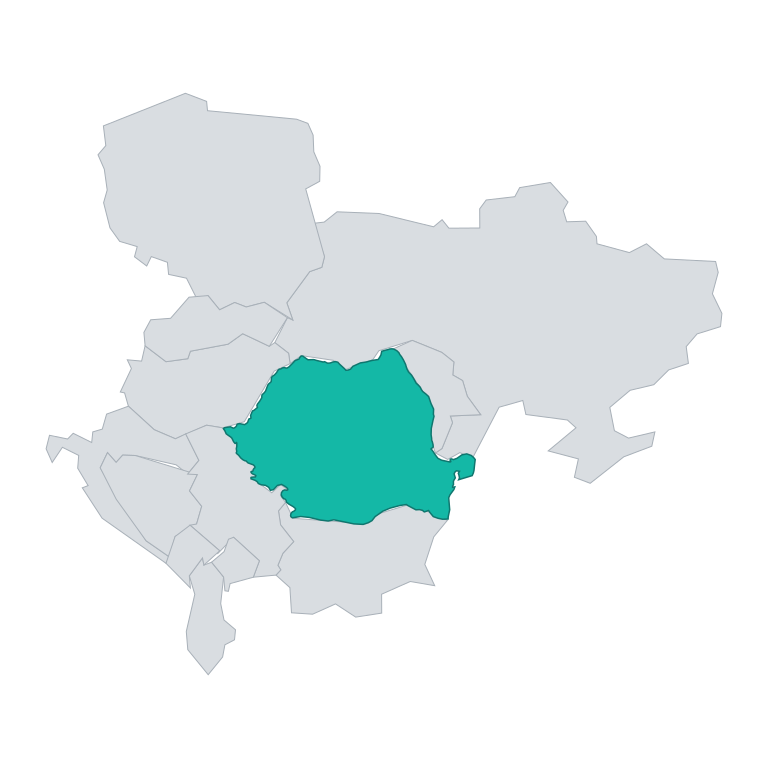 Romania highlighted, orthographic projection
{"feature_id": "ROU", "entity_name": "Romania", "entity_type": "country or territory", "adm_level": 0, "iso_a3": "ROU", "parent_name": "Europe", "parent_adm1": "", "projection": "orthographic", "projection_center": [24.529, 45.967], "detail": "fine", "context": "with_neighbors", "style": "filled", "palette": "teal", "viewbox_px": 768, "rotation_deg": 0, "n_neighbors": 12, "source": "natural_earth", "source_scale": "50m", "svg_char_len": 7858}
<svg xmlns="http://www.w3.org/2000/svg" viewBox="0 0 768 768"><path d="M614.4,430.7L628.5,438.1L654.9,431.9L651.8,446.2L623.8,456.8L590.2,483.3L574.4,477.3L578.4,458.9L548.2,450.9L576.0,427.8L567.4,420.0L525.9,414.5L522.8,400.5L499.1,407.2L472.4,458.4L459.9,452.6L447.7,459.4L435.4,453.0L442.0,448.5L452.5,422.7L450.3,416.0L480.7,414.7L467.3,396.3L462.6,380.6L452.8,375.0L453.9,362.0L441.8,352.4L412.2,340.4L378.9,350.7L372.7,359.8L345.2,369.6L333.3,360.3L301.3,355.6L290.1,363.6L288.6,353.3L274.8,342.6L287.4,317.7L292.8,320.0L286.8,302.8L309.7,271.6L321.8,267.3L324.5,256.7L312.8,223.4L324.2,222.1L337.1,211.8L379.1,213.5L433.6,226.8L442.1,219.7L448.9,228.2L479.8,228.0L479.7,208.8L486.2,200.0L514.8,196.7L519.7,187.6L550.4,182.5L568.0,202.0L563.2,210.3L566.7,221.8L585.7,221.2L596.4,236.4L597.0,243.8L629.3,252.6L646.5,243.8L664.3,258.9L715.6,261.5L718.2,272.4L712.4,293.8L721.9,313.4L720.5,326.6L697.1,333.9L686.2,346.6L688.4,363.4L668.7,369.9L653.8,384.7L630.1,390.3L609.8,407.4L614.4,430.7Z" fill="#d9dde1" stroke="#a8b0b8" stroke-width="1"/><path d="M313.1,135.1L313.8,151.8L320.0,166.3L319.7,181.3L305.7,188.9L324.5,256.7L321.8,267.3L309.7,271.6L286.8,302.8L292.8,320.0L264.3,302.3L246.2,307.0L234.7,302.5L219.6,309.8L208.0,295.6L197.5,300.1L186.5,278.2L168.6,274.4L167.4,262.3L151.3,256.6L146.7,266.0L134.5,256.8L137.2,246.6L119.7,241.4L110.0,227.9L103.6,202.7L107.2,190.0L104.3,169.2L98.0,154.8L105.8,145.6L103.4,125.9L185.4,93.3L206.6,101.4L207.5,110.7L296.6,119.2L307.9,123.4L313.1,135.1Z" fill="#d9dde1" stroke="#a8b0b8" stroke-width="1"/><path d="M274.8,342.6L288.6,353.3L290.1,363.6L274.2,371.1L244.3,421.7L222.9,427.9L206.6,425.2L175.4,438.8L154.2,429.7L128.4,406.2L124.6,392.9L120.3,392.0L131.4,368.5L127.3,359.8L141.6,361.1L145.1,345.8L166.0,361.7L187.8,358.7L190.4,351.2L228.0,344.2L242.7,333.7L269.3,346.3L274.8,342.6Z" fill="#d9dde1" stroke="#a8b0b8" stroke-width="1"/><path d="M389.6,350.5L412.2,340.4L441.8,352.4L453.9,362.0L452.8,375.0L462.6,380.6L467.3,396.3L480.7,414.7L450.3,416.0L452.5,422.7L442.0,448.5L435.4,453.0L429.9,435.8L430.4,402.8L397.5,354.0L389.6,350.5Z" fill="#d9dde1" stroke="#a8b0b8" stroke-width="1"/><path d="M285.5,502.4L293.0,518.3L365.2,523.7L378.7,513.7L410.7,504.0L447.4,520.3L433.8,536.8L424.8,564.4L434.7,585.7L410.2,581.5L381.6,594.2L381.7,613.1L355.7,617.1L335.5,603.9L312.6,614.2L291.5,612.8L289.9,587.6L276.0,575.1L280.8,569.9L277.9,565.3L282.9,553.3L293.7,541.6L280.6,524.9L278.5,510.9L285.5,502.4Z" fill="#d9dde1" stroke="#a8b0b8" stroke-width="1"/><path d="M235.5,629.8L234.5,639.8L224.9,644.8L222.6,657.0L208.2,674.7L187.8,649.7L186.3,631.5L194.8,594.3L189.3,575.8L202.5,557.9L203.9,565.1L211.6,562.2L223.6,577.0L220.7,603.6L224.0,620.0L235.5,629.8Z" fill="#d9dde1" stroke="#a8b0b8" stroke-width="1"/><path d="M128.4,406.2L154.2,429.7L175.4,438.8L185.7,433.9L198.9,460.4L187.6,474.1L176.1,464.8L135.2,455.5L122.7,455.1L116.1,462.4L107.5,452.6L100.2,467.8L146.1,540.8L169.6,557.1L166.0,563.3L102.1,518.2L82.3,487.8L88.1,485.6L77.7,468.2L78.7,455.4L62.4,447.3L52.2,462.5L46.1,448.8L49.5,435.3L67.6,439.0L73.2,433.3L91.7,442.5L92.8,431.9L102.3,429.1L106.6,414.1L128.4,406.2Z" fill="#d9dde1" stroke="#a8b0b8" stroke-width="1"/><path d="M287.4,317.7L269.3,346.3L242.7,333.7L228.0,344.2L190.4,351.2L187.8,358.7L166.0,361.7L145.1,345.8L143.9,332.4L150.7,319.8L170.6,318.3L189.0,297.2L208.0,295.6L219.6,309.8L234.7,302.5L246.2,307.0L264.3,302.3L287.4,317.7Z" fill="#d9dde1" stroke="#a8b0b8" stroke-width="1"/><path d="M169.6,557.1L146.1,540.8L116.2,499.2L100.2,467.8L107.5,452.6L116.1,462.4L122.7,455.1L135.2,455.5L197.4,474.6L189.5,490.9L201.7,506.3L196.6,524.0L175.1,536.5L169.6,557.1Z" fill="#d9dde1" stroke="#a8b0b8" stroke-width="1"/><path d="M185.7,433.9L206.6,425.2L222.9,427.9L236.4,443.5L238.9,455.8L254.8,465.4L256.3,481.2L271.8,492.8L280.5,484.5L287.1,489.4L280.6,495.7L285.5,502.4L278.5,510.9L280.6,524.9L293.7,541.6L282.9,553.3L277.9,565.3L280.8,569.9L276.0,575.1L253.3,577.2L259.4,560.8L233.6,537.3L217.3,554.0L219.7,550.8L190.0,525.2L196.6,524.0L201.7,506.3L189.5,490.9L197.4,474.6L187.6,474.1L198.9,460.4L185.7,433.9Z" fill="#d9dde1" stroke="#a8b0b8" stroke-width="1"/><path d="M219.7,550.8L203.9,565.1L202.5,557.9L189.3,575.8L190.4,588.0L166.0,563.3L175.1,536.5L190.0,525.2L219.7,550.8Z" fill="#d9dde1" stroke="#a8b0b8" stroke-width="1"/><path d="M224.9,590.8L223.6,577.0L211.6,562.2L224.1,551.6L228.5,539.2L233.6,537.3L259.4,560.8L253.3,577.2L230.1,583.6L228.4,591.3L224.9,590.8Z" fill="#d9dde1" stroke="#a8b0b8" stroke-width="1"/><path d="M435.0,454.5L437.9,458.3L441.6,460.2L450.0,462.0L450.7,461.7L450.8,461.2L450.2,460.7L450.1,460.0L450.4,459.1L451.5,458.9L453.5,459.6L457.0,458.3L462.0,454.8L466.8,453.9L471.3,455.5L473.6,457.5L475.2,459.5L474.9,462.1L474.7,463.6L474.0,470.3L473.4,472.8L472.2,475.6L458.7,479.7L459.5,478.0L459.0,475.3L458.3,473.3L459.5,471.3L456.4,470.8L455.1,471.9L454.1,473.8L455.3,477.9L453.9,480.2L453.4,481.5L453.5,484.6L452.7,485.9L452.6,487.3L454.8,486.9L453.9,489.5L450.0,494.8L448.7,497.8L449.7,509.7L448.2,516.9L448.1,519.0L443.7,519.2L442.4,519.2L438.1,518.3L433.3,516.6L430.4,513.1L428.5,510.5L424.5,511.9L423.8,511.6L422.6,510.4L419.6,509.6L415.9,509.8L407.4,505.3L406.4,504.5L399.9,505.5L390.2,508.1L382.8,511.2L375.1,516.6L372.0,520.6L368.4,522.7L363.2,524.4L353.9,523.9L344.2,521.9L333.8,519.8L328.2,521.0L320.7,520.1L309.2,517.4L300.7,516.5L292.3,517.8L290.9,516.7L290.6,515.3L291.0,513.5L292.2,512.0L294.3,510.9L295.4,509.8L295.5,508.6L293.3,506.7L288.7,504.0L286.8,502.4L286.3,501.9L286.2,500.5L285.3,499.3L283.5,498.5L282.1,496.9L281.2,494.7L281.5,492.6L282.9,490.7L284.7,489.9L286.9,490.3L287.8,489.7L287.5,488.4L285.4,486.6L281.6,484.4L277.5,485.4L273.4,489.7L270.4,490.3L268.7,487.3L265.6,485.4L261.0,484.7L258.3,483.5L257.3,481.8L255.3,480.4L251.0,478.8L251.0,477.5L251.7,477.2L253.2,477.1L255.4,476.9L255.7,476.2L255.8,475.5L254.1,474.5L252.5,473.9L251.7,473.2L251.1,472.5L251.0,471.8L251.5,471.4L252.2,471.4L252.9,471.0L253.3,469.4L254.3,468.1L254.9,467.7L254.9,466.7L254.3,465.8L253.4,464.9L252.1,464.4L248.0,462.9L246.0,460.9L244.7,460.7L242.7,459.6L240.6,457.8L238.8,455.4L236.8,453.7L236.3,453.1L236.3,452.5L236.7,451.8L236.7,451.1L236.3,448.8L236.8,446.3L236.8,444.0L236.8,443.0L236.4,442.6L236.1,443.0L235.5,443.4L235.0,443.4L233.6,441.7L231.9,438.2L230.7,437.0L228.2,435.3L226.2,433.8L224.9,430.9L223.4,428.6L224.5,427.7L230.5,426.8L233.3,428.2L234.5,427.8L235.8,426.8L236.5,426.0L236.7,425.1L237.3,424.1L239.4,423.6L244.7,424.6L246.9,423.1L247.7,422.3L248.3,420.5L248.9,419.0L250.8,418.3L250.9,417.0L250.6,415.5L251.9,412.3L252.6,410.9L253.7,410.5L255.0,409.5L257.4,407.5L256.9,405.6L257.4,404.2L259.9,400.9L261.8,397.7L261.8,396.1L262.1,394.7L263.8,393.2L265.5,391.2L267.9,384.9L268.7,383.9L270.1,382.7L271.2,381.6L271.5,377.4L272.5,376.2L274.4,375.0L276.4,372.8L278.0,370.3L279.2,369.2L280.8,368.9L282.5,367.9L284.4,367.6L286.2,368.1L287.4,367.9L289.2,366.7L293.7,362.1L294.4,361.2L295.3,360.5L299.0,359.0L299.9,357.4L301.2,356.0L302.8,356.1L308.0,359.8L313.6,359.6L314.6,359.8L315.0,359.9L315.6,360.2L323.1,362.0L324.3,361.8L324.6,361.7L327.6,363.2L330.2,363.0L332.8,362.0L335.4,361.6L337.8,362.2L339.7,364.3L344.5,368.7L345.9,370.3L348.1,370.1L350.5,369.2L352.9,366.3L360.4,362.9L366.2,362.0L371.8,360.5L378.2,359.5L380.0,356.7L381.0,354.8L381.7,351.3L385.1,350.3L388.4,349.5L389.6,349.0L392.0,348.8L393.8,349.1L396.8,350.7L398.9,352.7L399.7,354.4L401.5,356.7L403.5,360.1L405.6,364.5L406.2,366.7L407.0,369.1L408.6,372.1L411.6,375.2L412.0,375.9L413.4,378.1L416.2,383.2L418.4,385.2L420.3,387.3L421.3,389.5L422.7,391.5L426.0,394.1L428.6,396.5L431.0,403.5L432.5,406.7L433.6,409.1L433.4,414.2L434.0,416.3L433.0,420.3L431.3,428.4L431.1,434.7L431.6,438.1L431.7,440.3L432.3,441.7L433.0,444.5L433.2,447.0L432.5,447.8L431.4,448.4L431.0,449.0L432.1,450.1L433.5,452.1L435.0,454.5Z" fill="#14b8a6" stroke="#0f766e" stroke-width="1.5"/></svg>